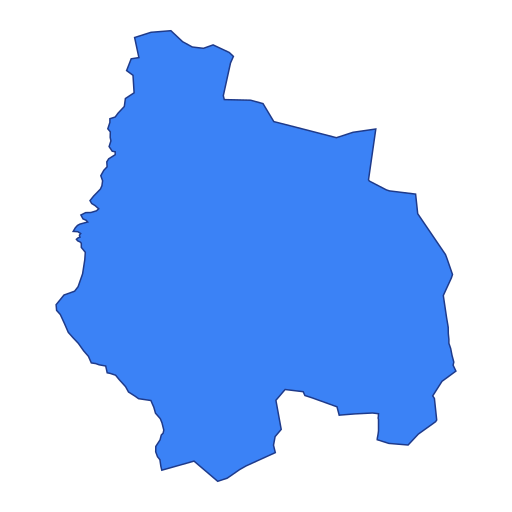 Ibarapa North, Oyo, Nigeria (Albers equal-area conic projection)
{"feature_id": "59680162B62922932811240", "entity_name": "Ibarapa North", "entity_type": "district", "adm_level": 2, "iso_a3": "NGA", "parent_name": "Nigeria", "parent_adm1": "Oyo", "projection": "albers", "projection_center": [3.131, 7.658], "detail": "fine", "context": "isolated", "style": "filled", "palette": "blue", "viewbox_px": 512, "rotation_deg": 0, "n_neighbors": 0, "source": "geoboundaries", "source_scale": "gbopen_adm2", "svg_char_len": 2360}
<svg xmlns="http://www.w3.org/2000/svg" viewBox="0 0 512 512"><path d="M118.1,113.1L115.2,117.0L112.5,117.9L109.9,118.7L109.9,122.4L107.8,128.8L110.3,131.8L110.2,137.4L110.9,140.9L109.1,146.6L112.2,151.2L115.2,151.8L115.2,154.7L108.7,158.8L106.8,161.8L107.1,166.8L103.8,170.3L100.8,175.7L102.6,180.8L101.9,185.8L100.4,189.1L93.6,196.1L90.0,200.6L91.7,203.5L95.1,205.6L98.7,208.8L96.5,210.8L90.9,212.5L85.7,212.6L80.9,215.0L83.0,218.9L86.2,220.3L87.7,222.0L79.9,224.1L77.5,225.4L75.3,227.8L73.2,231.4L77.8,231.7L80.7,233.5L79.4,235.2L80.0,237.2L78.2,237.8L76.4,239.3L77.6,240.8L80.2,242.0L81.3,243.3L81.3,247.4L85.3,252.3L84.8,259.6L82.6,273.8L78.1,286.7L74.6,291.2L64.0,295.0L56.1,304.7L56.6,310.4L60.3,314.5L64.4,323.4L68.3,332.4L73.1,337.8L78.3,343.3L83.7,350.9L88.4,356.3L91.3,362.9L95.1,363.5L95.5,363.5L99.1,364.8L105.7,366.0L107.2,372.8L110.2,373.4L115.6,375.2L119.1,379.5L125.6,386.7L128.5,392.0L135.1,396.2L138.6,398.7L150.9,400.5L152.3,403.8L153.8,407.2L155.5,413.2L160.3,418.7L162.0,422.9L163.8,430.1L163.1,433.2L161.3,435.0L160.5,438.1L160.1,439.8L155.8,446.4L155.7,451.8L157.5,456.7L159.9,459.7L160.8,465.9L161.0,466.9L161.8,470.2L194.0,461.1L217.7,481.3L226.8,478.3L227.2,478.2L239.6,469.6L246.1,465.9L275.3,452.6L273.5,445.2L275.1,436.6L281.2,429.4L275.9,400.3L285.1,389.5L303.2,391.7L304.9,395.5L312.3,397.9L337.0,406.8L339.2,415.2L339.8,415.1L354.8,413.9L372.5,413.0L378.5,413.7L378.4,414.5L378.4,415.6L378.4,416.3L378.2,417.3L378.2,418.5L378.5,419.4L378.5,420.1L378.5,421.2L378.5,422.3L378.5,423.8L378.5,426.1L378.5,427.6L378.5,429.2L378.5,430.9L378.2,433.3L377.9,435.2L377.6,436.7L377.3,438.2L377.2,439.7L388.8,443.4L408.1,445.0L418.3,434.1L435.6,421.7L436.7,420.0L434.4,398.4L432.7,395.9L442.0,381.3L455.9,371.1L453.1,365.2L453.8,362.1L452.0,355.3L450.7,348.6L448.9,343.3L448.9,339.4L448.3,333.6L448.2,327.4L447.8,324.9L446.6,317.8L443.3,295.5L451.4,277.9L452.5,274.5L447.0,258.6L445.5,254.6L417.7,213.7L415.6,194.1L389.5,190.9L386.4,189.9L369.4,181.1L368.5,179.8L375.8,129.0L353.0,132.3L336.4,137.7L307.9,130.3L273.8,121.6L263.0,103.6L250.6,100.2L224.3,99.6L223.3,95.7L230.5,63.0L233.4,56.4L229.3,52.5L213.1,44.9L203.5,48.3L201.6,48.1L192.3,47.0L182.6,41.7L170.9,30.7L151.0,32.3L134.6,37.5L138.9,57.6L131.2,58.8L126.6,70.6L133.0,75.3L134.1,92.8L125.4,98.5L124.3,106.5L118.1,113.1Z" fill="#3b82f6" stroke="#1e3a8a" stroke-width="1.5"/></svg>